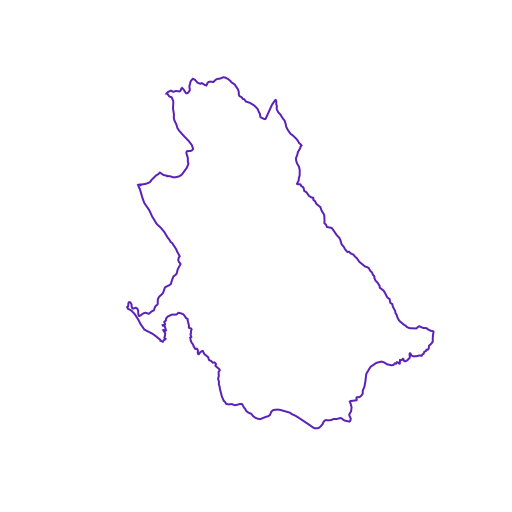 Echeandia, Bolivar, Ecuador (Equal Earth projection), rotated 339°
{"feature_id": "8360857B61359836335380", "entity_name": "Echeandia", "entity_type": "district", "adm_level": 2, "iso_a3": "ECU", "parent_name": "Ecuador", "parent_adm1": "Bolivar", "projection": "equal_earth", "projection_center": [-79.28, -1.448], "detail": "fine", "context": "isolated", "style": "outline", "palette": "violet", "viewbox_px": 512, "rotation_deg": 339, "n_neighbors": 0, "source": "geoboundaries", "source_scale": "gbopen_adm2", "svg_char_len": 6115}
<svg xmlns="http://www.w3.org/2000/svg" viewBox="0 0 512 512"><g transform="rotate(339 256 256)"><path d="M303.9,424.3L306.2,422.9L307.5,419.8L309.1,418.3L310.8,416.2L313.1,412.4L316.7,405.6L323.2,400.5L330.2,398.9L335.2,399.5L337.3,401.1L339.6,404.1L343.3,406.6L345.3,407.0L347.0,406.0L348.1,406.7L349.5,405.6L350.4,406.3L350.9,407.5L351.4,407.9L351.7,407.9L353.2,404.7L354.6,405.4L356.4,404.6L356.7,404.9L356.5,406.8L356.8,407.3L357.9,407.9L360.2,407.5L361.5,406.7L362.6,406.5L363.2,405.9L364.3,402.4L364.9,402.0L365.2,402.3L365.4,404.6L367.2,406.2L370.5,407.2L372.6,407.3L375.0,408.5L376.1,407.5L377.5,407.3L378.7,405.8L380.9,405.5L381.6,404.5L383.0,405.0L383.9,404.5L385.5,401.7L387.3,401.1L390.1,399.6L392.6,393.7L394.3,391.0L394.6,389.9L392.1,388.2L389.9,385.8L389.9,385.2L389.2,384.4L386.3,383.1L383.2,380.1L382.1,380.2L379.8,381.1L374.5,378.9L372.9,377.9L371.2,376.1L370.8,374.9L369.3,372.9L366.6,367.9L366.0,364.8L366.2,361.5L365.8,359.2L366.2,357.1L365.6,352.3L366.0,349.7L364.6,347.9L365.3,344.0L364.0,342.3L363.6,341.0L363.3,337.3L362.7,334.1L360.3,330.1L360.3,329.3L360.7,328.1L359.8,324.2L358.8,321.9L358.6,319.1L359.1,317.7L359.1,316.9L358.4,315.4L358.4,312.9L357.4,310.9L356.9,307.6L355.8,306.3L353.9,304.7L350.3,298.3L349.4,294.4L348.2,292.1L347.5,289.7L345.4,287.6L344.4,285.4L342.8,285.0L341.5,281.6L341.3,279.2L340.1,275.6L340.5,271.5L340.3,269.0L338.8,265.3L337.0,257.7L336.5,256.8L332.6,254.3L332.6,251.8L331.6,250.0L332.8,247.1L334.4,242.2L333.5,237.1L333.6,233.4L331.1,229.2L330.8,226.2L329.7,224.1L330.3,222.2L328.7,221.1L327.0,219.0L326.0,214.7L324.4,212.6L324.8,209.5L324.4,208.2L323.3,207.0L323.3,205.6L323.0,204.9L320.4,203.8L320.1,203.3L322.8,200.9L324.3,198.0L325.4,196.9L327.6,191.5L328.1,188.1L327.5,184.1L327.6,181.6L328.3,179.1L330.6,176.6L332.3,174.1L335.9,171.1L337.0,169.7L338.1,169.2L337.8,168.0L336.7,165.9L336.3,163.2L335.7,161.2L333.5,156.5L332.0,154.3L330.9,149.7L330.5,146.4L331.1,142.7L331.2,139.9L330.1,136.3L329.5,132.7L328.3,129.9L328.0,126.8L328.3,125.1L329.2,123.7L329.3,121.3L330.1,119.7L330.5,117.8L330.2,117.4L329.5,117.5L325.4,120.3L314.1,131.4L313.4,131.4L312.7,131.0L310.5,128.7L309.9,127.7L310.6,124.4L310.2,122.5L310.3,119.7L309.4,117.3L308.2,114.8L305.2,110.8L301.9,108.2L301.3,105.7L300.9,105.2L300.0,104.7L299.5,102.6L297.9,100.9L297.8,99.3L298.8,96.3L298.9,94.1L297.6,88.3L295.4,85.2L294.9,83.6L293.4,80.8L291.1,78.3L289.5,77.4L285.7,77.5L283.5,76.8L281.6,77.0L278.5,78.3L276.1,76.9L274.0,76.5L272.8,77.1L270.8,79.0L269.2,77.6L267.3,75.1L265.8,75.3L263.9,73.7L263.4,73.0L262.2,69.7L260.6,67.9L258.2,69.0L257.3,69.9L254.4,74.1L253.9,76.8L253.4,77.8L251.3,79.1L250.0,79.4L249.5,79.3L248.9,78.6L248.1,74.6L247.2,72.6L246.2,73.0L244.7,74.7L243.7,75.0L240.3,73.2L237.6,73.1L235.9,71.2L232.7,71.3L230.6,72.3L231.4,72.8L232.3,76.1L234.1,77.5L234.3,81.4L233.6,83.6L231.4,88.4L230.2,94.2L228.8,97.5L228.4,100.1L228.8,104.5L228.5,108.4L229.2,111.6L231.1,116.7L234.5,124.8L235.8,129.3L235.7,133.2L235.2,133.9L233.7,134.5L232.3,134.4L229.3,133.4L228.2,134.2L227.8,135.5L227.5,140.0L226.1,143.8L226.0,145.6L223.2,148.7L216.3,153.2L214.7,153.8L212.3,154.1L208.5,153.5L206.3,152.5L204.9,151.1L203.2,150.2L201.5,149.6L201.5,149.0L198.8,147.4L196.2,143.7L194.0,144.6L191.8,144.9L185.8,147.5L183.9,148.8L181.9,149.2L178.6,149.1L175.0,148.3L173.7,148.5L173.8,147.8L171.4,147.3L171.3,150.3L171.6,151.8L170.8,161.0L170.7,166.5L172.8,175.1L173.2,182.0L174.7,190.0L175.1,191.2L177.3,195.6L179.0,200.8L180.1,206.9L181.0,210.0L181.3,212.3L182.4,214.0L183.9,221.1L183.9,223.1L184.7,228.9L183.2,230.0L182.0,231.8L181.9,233.0L182.0,234.3L182.7,236.1L182.5,236.7L178.3,240.2L175.5,244.1L174.5,244.7L171.8,245.4L171.2,245.9L168.1,249.4L166.6,251.6L164.5,252.2L160.6,252.5L159.6,252.9L156.1,257.0L154.9,257.8L151.3,259.2L149.9,260.2L148.8,261.3L147.2,265.2L146.7,265.9L144.0,266.9L141.1,270.1L138.9,270.3L135.3,271.5L134.8,271.3L132.8,269.5L131.8,269.3L130.2,269.2L125.9,270.3L125.3,270.1L125.1,269.4L125.3,268.0L126.4,264.7L126.3,262.6L125.2,261.2L122.4,261.1L121.8,260.3L121.8,258.7L122.4,256.6L122.3,255.4L122.1,254.6L121.6,253.8L120.6,253.7L120.0,254.3L118.5,257.3L117.4,257.5L117.5,259.3L120.1,262.3L122.0,266.9L123.4,273.8L123.7,277.6L125.4,284.7L131.3,291.3L133.0,293.7L136.6,299.9L136.7,300.5L136.4,300.8L138.2,302.7L139.5,301.6L141.5,301.3L141.9,301.0L141.1,299.6L142.9,297.0L143.5,295.6L143.4,294.6L142.8,292.4L142.9,291.9L143.3,292.0L144.3,293.4L145.3,293.2L145.6,289.1L145.3,288.5L144.1,287.7L144.1,287.1L145.9,287.6L146.6,287.3L146.8,286.7L146.6,285.2L146.8,284.5L148.7,284.0L149.4,282.5L150.4,281.7L151.9,280.9L156.5,280.6L160.3,282.0L161.3,282.0L163.2,281.2L165.5,282.7L167.2,284.4L167.7,285.7L168.5,288.9L169.6,290.3L169.1,291.7L168.5,296.7L167.7,298.8L167.9,299.3L169.4,300.4L169.6,301.4L168.8,302.2L167.7,304.6L166.8,305.5L166.6,308.4L165.3,308.6L164.8,311.7L164.8,313.7L165.5,315.9L165.5,317.4L165.3,318.1L165.8,319.4L165.7,320.5L166.2,321.1L167.5,321.3L167.9,322.1L167.8,323.7L167.0,325.3L166.8,326.7L167.4,327.2L169.3,325.9L171.8,325.4L172.3,325.6L172.6,329.0L175.1,333.4L174.9,335.3L175.0,336.6L176.4,337.7L177.4,340.1L178.8,340.3L179.4,340.9L179.9,342.6L179.0,343.5L178.8,344.1L181.3,348.8L181.2,349.8L179.4,351.0L178.3,354.7L176.6,357.0L176.4,360.0L175.3,362.6L175.2,365.1L174.7,367.1L174.2,371.3L173.8,374.9L174.0,379.7L174.8,381.1L175.1,383.3L177.2,384.7L180.4,385.6L182.5,387.6L184.0,388.0L187.7,388.4L189.6,389.0L190.0,389.5L190.4,393.0L191.2,395.2L191.2,396.3L191.6,397.6L192.7,399.5L195.0,401.6L195.9,404.4L197.4,406.8L199.4,408.6L201.4,409.8L208.3,409.7L210.0,410.0L212.1,409.4L214.4,406.9L216.4,406.1L217.6,406.1L221.4,407.2L223.8,408.6L231.5,414.4L233.0,416.7L235.5,419.2L237.6,421.9L245.2,432.6L247.7,436.4L249.2,438.0L251.9,438.9L253.0,439.0L255.4,438.2L258.2,436.6L259.3,435.4L260.9,434.3L262.4,434.2L264.8,435.4L267.4,436.1L270.2,436.0L272.8,437.1L276.7,437.5L277.7,438.2L279.0,440.5L279.9,441.5L283.9,444.1L285.1,443.5L286.2,441.8L286.0,438.4L286.3,437.3L289.1,435.1L291.0,431.5L291.4,428.2L291.4,425.5L292.4,425.3L298.0,426.7L298.5,426.4L298.9,424.4L299.4,424.0L302.1,424.8L303.9,424.3Z" fill="none" stroke="#5b21b6" stroke-width="2"/></g></svg>